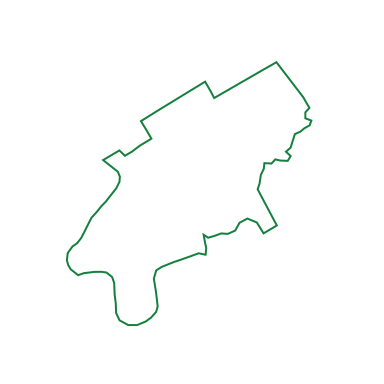 outline of Pinto Bandeira, Rio Grande do Sul, Brazil, rotated 240°
{"feature_id": "56859067B15267966296227", "entity_name": "Pinto Bandeira", "entity_type": "district", "adm_level": 2, "iso_a3": "BRA", "parent_name": "Brazil", "parent_adm1": "Rio Grande do Sul", "projection": "robinson", "projection_center": [-51.472, -29.092], "detail": "fine", "context": "isolated", "style": "outline", "palette": "green", "viewbox_px": 384, "rotation_deg": 240, "n_neighbors": 0, "source": "geoboundaries", "source_scale": "gbopen_adm2", "svg_char_len": 1306}
<svg xmlns="http://www.w3.org/2000/svg" viewBox="0 0 384 384"><g transform="rotate(240 192 192)"><path d="M262.3,314.5L262.3,277.4L262.3,258.2L269.4,258.5L281.0,258.5L279.6,201.9L278.9,183.2L269.1,183.5L258.5,183.5L258.2,169.8L257.0,160.6L256.9,152.0L264.3,149.9L264.1,131.0L246.6,137.9L241.3,137.2L237.1,134.3L233.1,128.3L230.3,121.3L226.8,112.6L225.2,106.9L222.6,100.2L219.9,91.9L211.9,79.8L207.5,72.9L205.1,67.0L204.6,61.3L201.3,53.9L195.4,49.5L190.7,48.3L185.7,48.3L176.9,51.8L175.8,57.7L171.6,67.6L168.2,73.6L165.0,77.7L158.2,80.3L152.1,79.1L142.0,73.8L133.5,70.2L125.2,65.8L117.1,65.1L108.7,70.2L104.2,77.9L103.0,87.2L103.7,93.7L106.1,101.0L110.0,105.0L115.8,107.6L124.9,111.4L136.0,115.6L142.0,121.8L142.3,128.3L141.3,135.1L140.4,141.4L139.0,148.2L137.2,158.0L135.6,167.1L130.9,172.4L136.3,176.3L141.5,177.9L149.1,180.7L144.3,183.2L142.8,189.2L141.5,196.6L137.8,202.1L137.0,210.1L141.6,217.8L141.3,226.7L133.2,232.9L120.4,233.3L120.6,248.7L161.5,250.2L165.5,254.7L172.4,260.2L176.3,265.9L180.8,269.1L176.9,275.1L178.6,280.4L175.1,284.2L171.1,290.5L173.8,295.4L179.9,293.5L181.1,299.6L185.6,304.4L190.7,310.1L190.1,316.0L191.0,321.3L190.9,327.2L194.2,331.1L199.1,327.0L204.3,330.0L206.1,335.7L218.6,335.7L262.2,330.0L262.2,324.5L262.3,314.5Z" fill="none" stroke="#15803d" stroke-width="2"/></g></svg>